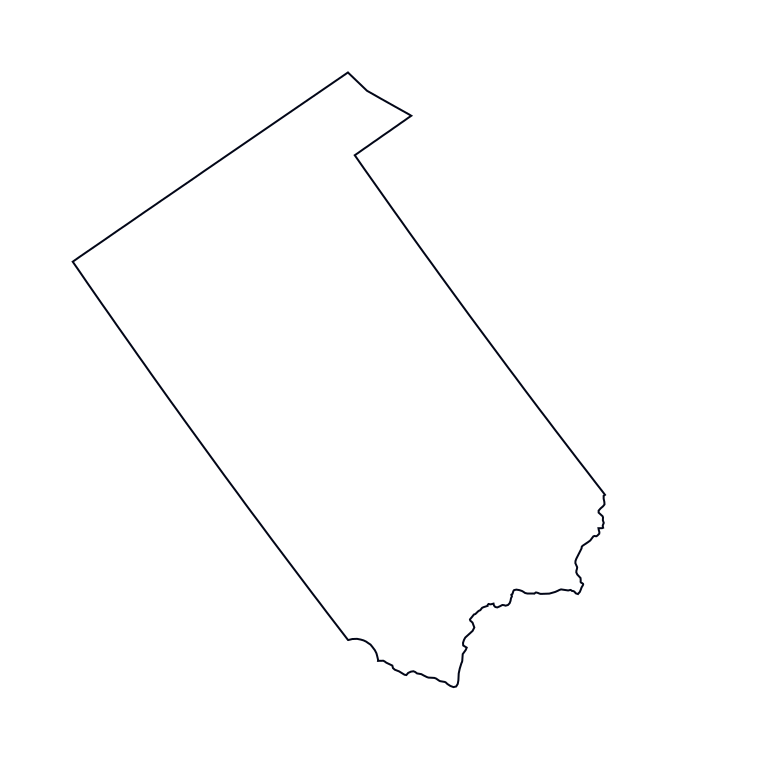 the State of Pennsylvania, rotated 53°
{"feature_id": "USA-3560", "entity_name": "Pennsylvania", "entity_type": "State", "adm_level": 1, "iso_a3": "USA", "parent_name": "United States of America", "parent_adm1": "", "projection": "orthographic", "projection_center": [-76.702, 41.129], "detail": "fine", "context": "isolated", "style": "outline", "palette": "ink", "viewbox_px": 768, "rotation_deg": 53, "n_neighbors": 0, "source": "natural_earth", "source_scale": "10m", "svg_char_len": 3954}
<svg xmlns="http://www.w3.org/2000/svg" viewBox="0 0 768 768"><g transform="rotate(53 384 384)"><path d="M113.5,225.3L115.0,225.1L127.3,223.1L139.6,221.1L154.4,214.7L169.2,208.2L183.9,201.7L186.2,200.8L186.0,205.0L185.9,209.4L185.7,213.7L185.6,218.1L185.4,222.4L185.3,226.8L185.1,231.1L184.9,235.5L184.8,239.2L184.7,243.0L184.5,246.7L184.4,250.4L184.3,254.2L184.1,257.9L184.0,261.6L183.9,265.4L183.7,269.7L187.2,269.8L200.1,270.3L213.1,270.7L226.1,271.1L239.0,271.5L252.0,271.9L264.9,272.2L277.9,272.6L290.9,272.9L303.8,273.2L316.8,273.4L329.8,273.7L342.8,273.9L355.7,274.1L368.7,274.3L381.7,274.5L394.6,274.6L407.6,274.7L420.6,274.8L433.6,274.9L446.5,275.0L459.5,275.0L472.5,275.1L485.5,275.1L498.4,275.1L511.4,275.0L524.4,275.0L537.4,274.9L550.3,274.8L563.3,274.7L576.3,274.5L589.3,274.4L602.2,274.2L604.3,274.2L605.5,274.2L605.5,275.9L607.8,277.6L610.8,279.0L612.9,280.4L613.5,282.7L613.7,285.9L614.3,288.8L615.9,290.0L621.2,289.0L622.4,289.4L624.5,291.2L627.2,292.1L628.6,294.4L629.5,295.0L630.7,295.5L630.4,296.6L628.2,299.5L630.2,300.5L631.9,301.1L633.1,302.2L633.5,305.0L633.3,306.2L632.0,307.4L631.7,308.6L633.1,313.4L633.1,316.0L632.7,322.7L633.0,324.0L634.2,325.2L639.3,335.6L640.6,337.6L642.3,339.0L646.6,340.0L647.8,341.2L648.8,342.6L650.2,343.8L652.5,344.3L657.2,343.8L659.1,345.0L660.4,346.1L661.4,346.1L662.3,345.6L663.4,345.3L664.1,345.7L664.6,346.7L665.4,348.7L666.3,350.0L667.9,352.7L668.4,355.2L668.5,355.5L666.6,356.8L664.5,356.9L663.5,357.3L662.2,358.5L661.2,358.7L660.7,359.0L660.4,359.6L659.9,360.8L659.7,361.2L654.6,366.2L654.0,368.0L653.9,368.9L653.1,372.4L650.9,378.1L646.0,385.1L644.8,386.1L644.1,386.4L643.1,387.1L642.2,387.8L641.8,388.4L641.9,390.0L641.8,390.3L641.5,390.5L637.6,395.6L635.8,397.1L633.7,397.8L632.3,398.4L630.0,400.0L627.9,402.0L626.9,404.1L627.1,405.0L627.7,406.0L628.9,407.6L629.0,408.1L628.9,408.7L628.9,409.1L629.2,409.3L629.8,409.3L630.4,409.5L630.8,409.9L631.0,410.6L631.7,411.7L633.3,413.4L634.7,415.6L635.1,418.0L634.2,420.3L632.8,421.3L631.7,422.5L631.2,425.6L630.6,428.0L629.1,429.3L627.1,429.5L625.3,428.7L624.4,430.9L623.8,431.9L623.1,432.4L622.6,432.9L622.8,433.9L623.2,434.8L623.5,434.9L622.2,438.6L621.8,440.3L622.2,441.9L622.6,443.2L622.3,444.2L622.2,445.5L622.7,449.5L622.2,450.8L622.5,452.1L622.9,453.5L623.7,457.0L624.9,457.5L627.8,456.9L632.8,458.4L634.5,461.8L635.4,471.7L636.5,474.1L638.3,476.7L640.5,478.1L644.3,476.6L645.6,478.8L647.1,483.7L652.3,488.2L653.2,489.4L653.5,490.1L656.9,494.8L660.1,498.5L665.4,502.9L667.9,505.6L669.0,508.4L667.9,510.9L665.1,512.7L661.8,513.9L659.4,514.3L658.5,514.8L655.1,518.0L654.1,518.5L650.5,519.7L649.0,520.7L645.2,525.2L643.9,526.1L640.5,527.8L638.2,528.8L635.0,531.8L632.8,532.4L631.1,533.4L629.9,535.7L629.3,538.6L629.9,541.3L628.5,542.6L622.6,544.9L618.7,547.3L616.3,547.8L613.9,546.8L607.9,549.9L606.1,550.4L604.6,551.1L601.5,555.4L601.4,555.3L600.8,554.8L599.3,554.1L597.0,553.1L594.5,552.1L591.1,551.5L586.8,551.5L584.0,551.6L581.2,552.6L579.0,553.3L576.5,554.6L574.1,556.4L571.3,558.9L568.6,562.8L567.0,566.6L566.8,566.8L566.1,566.8L565.7,566.8L554.7,566.9L543.3,567.0L531.9,567.1L520.5,567.1L509.1,567.2L497.7,567.2L486.3,567.2L474.9,567.2L463.6,567.2L452.2,567.2L440.8,567.2L429.4,567.1L418.0,567.0L406.6,567.0L395.2,566.9L383.8,566.7L372.4,566.6L361.0,566.5L349.6,566.3L338.3,566.1L326.9,565.9L315.5,565.7L304.1,565.5L292.7,565.3L281.3,565.0L269.9,564.8L258.6,564.5L247.2,564.2L235.8,563.9L224.4,563.5L213.0,563.2L201.7,562.8L188.8,562.4L176.0,562.0L163.1,561.5L150.3,561.1L137.5,560.6L124.6,560.1L111.8,559.5L99.0,559.0L99.3,550.1L99.7,541.1L100.1,532.2L100.5,523.3L100.9,513.0L101.3,502.7L101.8,492.4L102.2,482.1L102.6,471.8L103.1,461.5L103.5,451.2L104.0,440.9L104.0,440.7L104.0,440.4L104.6,426.9L105.2,413.5L105.7,400.0L106.3,386.6L106.9,373.1L107.5,359.7L108.1,346.3L108.7,332.8L109.3,319.4L109.9,305.9L110.5,292.5L111.1,279.0L111.7,265.6L112.3,252.2L112.9,238.7L113.5,225.3Z" fill="none" stroke="#020617" stroke-width="2"/></g></svg>